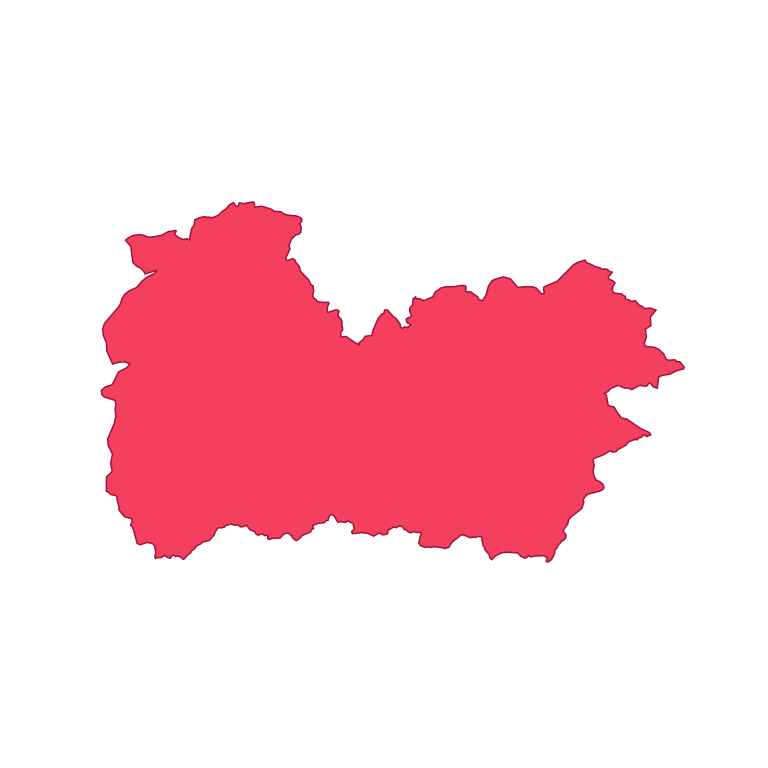 outline of Mogovolas, Nampula, Mozambique, rotated 346°
{"feature_id": "85939544B32350532447413", "entity_name": "Mogovolas", "entity_type": "district", "adm_level": 2, "iso_a3": "MOZ", "parent_name": "Mozambique", "parent_adm1": "Nampula", "projection": "mercator", "projection_center": [39.302, -15.724], "detail": "fine", "context": "isolated", "style": "filled", "palette": "rose", "viewbox_px": 768, "rotation_deg": 346, "n_neighbors": 0, "source": "geoboundaries", "source_scale": "gbopen_adm2", "svg_char_len": 6159}
<svg xmlns="http://www.w3.org/2000/svg" viewBox="0 0 768 768"><g transform="rotate(346 384 384)"><path d="M665.9,378.1L660.7,374.8L655.0,373.8L653.6,371.4L650.7,369.4L648.1,364.0L643.4,363.6L642.4,361.8L639.5,360.5L639.0,359.0L639.4,357.3L637.2,355.7L636.9,354.4L629.0,351.3L628.0,347.1L629.3,346.3L629.9,344.1L632.2,342.5L632.5,341.4L630.6,338.8L628.1,337.1L627.3,334.8L628.3,333.4L630.0,333.0L632.5,330.7L629.8,329.2L628.6,327.0L626.0,325.7L623.3,325.7L622.0,323.7L616.3,320.6L614.6,318.6L610.0,315.3L609.0,312.4L601.1,312.9L596.6,314.3L576.9,326.2L562.7,328.5L561.7,330.5L561.7,334.3L560.0,335.1L558.4,334.1L554.9,327.8L552.2,325.9L544.2,323.6L537.2,322.7L532.1,312.6L525.8,309.0L516.4,309.3L513.5,310.1L509.0,314.4L504.6,322.3L499.6,327.0L496.6,325.0L495.9,322.0L490.4,315.6L486.5,314.6L485.7,313.1L487.0,310.3L486.8,308.4L483.2,307.2L476.6,306.7L467.2,304.6L462.6,304.6L456.0,307.1L452.5,311.2L443.0,312.8L438.9,309.7L435.7,309.0L435.8,307.1L432.7,308.5L431.1,314.1L428.4,315.7L426.9,317.7L426.5,319.7L427.3,324.2L425.8,325.4L422.0,325.9L421.0,327.2L421.1,329.9L423.8,332.3L423.9,333.6L420.6,334.6L417.8,333.6L414.9,334.4L413.8,332.4L414.3,330.3L411.6,323.4L409.4,320.8L405.2,312.9L402.5,312.4L400.9,315.5L398.6,315.8L393.8,319.4L386.1,329.6L384.4,333.3L383.1,333.9L377.2,333.1L374.8,335.7L369.6,338.1L369.5,339.8L366.3,337.3L358.6,328.6L355.1,328.4L353.7,327.1L354.7,323.3L357.1,321.3L357.5,315.6L358.4,313.2L357.9,310.4L355.9,307.3L356.5,304.4L358.0,302.9L357.7,302.1L356.3,300.7L354.8,300.4L346.5,301.0L346.2,300.5L347.8,295.4L350.2,292.4L350.0,291.3L344.3,290.0L338.8,287.5L338.6,285.9L336.8,283.9L336.0,281.2L338.2,277.1L338.9,271.6L337.1,269.7L336.2,264.9L330.4,254.8L330.2,249.2L328.0,245.0L327.5,242.2L326.0,240.4L320.0,240.8L319.1,239.5L319.5,237.6L325.4,230.3L325.3,226.9L325.9,225.5L329.7,220.7L334.2,218.1L337.8,218.0L340.1,216.4L341.5,212.0L341.3,207.8L343.6,205.9L344.2,204.4L343.1,202.3L339.2,199.5L332.8,197.4L328.5,195.2L325.6,191.9L318.9,189.7L317.3,187.4L308.5,181.9L301.4,181.1L302.0,177.2L301.3,175.7L291.7,175.0L287.3,173.2L286.3,175.4L284.6,176.4L283.2,175.4L281.9,171.7L277.6,172.6L273.0,176.0L269.6,177.0L264.3,180.1L258.4,181.2L249.4,178.1L245.7,178.0L240.1,178.9L238.4,183.5L234.8,186.9L230.0,197.1L228.1,195.4L224.0,195.1L220.3,192.5L217.2,188.2L217.4,187.2L219.5,185.3L218.6,184.4L214.7,184.5L212.2,183.8L204.0,186.0L196.6,185.5L190.6,184.5L187.3,181.9L182.7,179.7L176.1,179.3L171.3,180.3L168.0,182.0L171.6,189.4L169.7,205.3L172.6,209.9L176.3,213.2L178.4,217.1L178.7,219.4L190.6,218.7L191.0,219.3L187.5,221.3L179.0,223.3L173.6,226.0L167.3,230.5L158.9,232.1L154.1,234.3L150.6,237.6L147.7,242.4L144.6,245.4L127.3,257.7L124.4,262.7L123.4,268.6L124.6,276.9L123.0,284.9L125.5,298.9L132.3,298.8L138.0,299.8L142.3,303.2L138.4,305.9L129.4,308.1L120.6,318.3L118.8,319.1L112.8,319.5L108.7,321.5L107.9,323.0L107.8,326.5L109.5,329.0L118.9,334.7L119.0,338.9L117.0,343.4L116.0,350.2L112.9,356.8L102.7,370.4L101.5,377.1L103.6,386.2L99.4,395.2L99.3,402.1L98.2,403.7L92.2,407.0L88.7,421.0L90.3,422.1L92.2,425.1L96.5,427.2L97.8,428.7L97.1,430.7L97.1,439.6L96.3,442.0L100.1,450.0L106.6,453.7L106.6,455.8L103.9,459.7L105.3,461.8L105.7,465.4L105.9,478.9L108.5,481.0L115.3,480.4L120.3,482.4L122.2,484.9L121.9,492.3L119.9,495.8L119.9,498.0L123.0,497.8L126.0,498.6L129.7,497.1L131.9,500.0L134.6,501.3L136.1,499.6L138.5,499.0L139.7,500.8L143.0,501.2L146.0,504.0L146.5,505.4L148.2,505.3L152.4,502.1L155.5,501.1L157.2,499.3L160.4,498.0L162.4,495.9L167.4,494.8L169.6,493.4L176.9,493.5L183.1,488.9L184.2,486.9L187.6,483.9L189.3,483.5L191.4,484.3L194.7,484.2L195.9,483.1L201.0,482.8L205.6,485.1L208.1,485.2L209.8,487.6L211.4,488.3L216.5,487.9L218.8,493.1L223.0,496.1L223.2,498.0L225.0,500.2L229.7,500.0L231.5,502.2L233.7,502.4L234.4,503.2L233.7,505.8L234.9,507.1L238.1,506.7L245.8,508.3L250.6,505.3L255.3,505.4L256.0,507.0L258.2,509.0L257.7,509.9L259.2,512.9L260.8,514.5L262.0,514.6L265.8,512.9L267.6,511.2L277.0,509.8L278.1,508.1L280.8,507.1L280.5,504.3L280.9,503.9L286.5,503.3L292.3,504.1L294.9,502.7L296.7,502.8L299.2,498.5L301.6,497.8L303.9,500.3L305.8,507.0L307.8,506.9L313.4,509.0L315.6,508.0L320.2,512.0L320.2,517.5L316.9,519.3L317.1,521.6L325.9,522.7L332.3,525.0L337.1,529.1L342.8,527.5L344.7,528.3L345.6,529.8L348.2,530.3L350.6,530.3L351.4,529.8L352.4,527.0L358.7,525.1L361.4,526.4L363.6,525.5L366.3,526.2L367.7,527.5L368.2,529.8L370.1,531.0L372.0,533.7L373.9,534.9L377.6,534.4L379.3,535.9L383.7,537.0L384.0,538.7L382.4,540.3L379.2,546.7L380.2,549.6L384.6,552.6L387.6,552.8L390.2,554.1L392.8,553.8L400.9,556.8L402.9,558.3L407.3,558.2L411.8,553.9L422.2,549.2L424.3,549.5L430.8,554.1L433.4,554.0L435.6,555.0L438.5,554.6L441.8,556.2L441.8,558.3L441.1,559.0L441.6,561.4L441.0,562.8L441.2,565.2L442.1,566.6L441.7,568.0L442.2,569.9L444.8,575.0L444.6,578.4L446.4,580.6L449.9,578.0L454.2,576.8L458.6,576.3L463.4,577.2L472.9,580.3L475.3,584.5L478.5,587.1L480.5,586.9L482.6,585.5L484.7,587.4L487.8,587.2L497.7,589.3L500.5,592.4L498.5,595.1L499.1,596.1L500.9,596.3L504.3,594.7L508.5,589.8L509.7,586.5L512.0,585.1L514.3,582.1L516.2,581.4L518.1,579.4L520.1,579.2L523.0,577.3L524.2,574.2L522.8,571.7L522.6,569.1L528.3,564.4L530.0,561.0L532.6,558.6L545.8,552.6L549.1,547.4L549.5,544.4L551.1,542.4L555.1,540.2L567.8,540.1L571.7,538.9L572.4,537.5L572.0,533.9L569.8,531.1L566.6,528.6L565.4,523.5L566.0,518.9L568.3,513.6L568.3,509.6L569.3,507.1L579.1,505.9L587.3,503.5L589.5,505.5L593.3,505.7L594.2,504.4L604.4,501.7L605.6,500.3L608.2,499.1L614.1,498.5L616.2,499.4L617.7,498.0L621.0,497.9L622.6,496.5L624.5,496.8L626.6,498.6L627.9,497.9L630.1,498.3L630.5,496.6L629.7,495.3L622.0,489.1L611.2,476.9L606.2,474.4L603.5,468.3L601.7,462.0L596.4,459.2L597.0,448.6L595.6,446.4L599.8,445.3L602.6,443.4L610.7,441.9L616.6,446.3L620.0,446.9L623.0,449.4L631.8,447.2L637.8,449.6L639.4,449.0L640.7,447.5L642.5,447.6L644.8,452.0L648.1,454.2L652.2,443.6L656.1,443.0L664.0,443.6L671.0,441.9L678.5,441.8L679.3,440.0L676.4,434.0L673.4,432.9L672.0,430.8L666.2,429.9L664.6,429.0L663.5,427.3L662.6,422.4L659.0,416.9L655.4,413.8L647.7,411.2L646.3,409.4L646.7,407.0L650.0,401.9L650.8,394.0L657.0,392.0L658.6,383.5L665.9,378.1Z" fill="#f43f5e" stroke="#9f1239" stroke-width="1.5"/></g></svg>